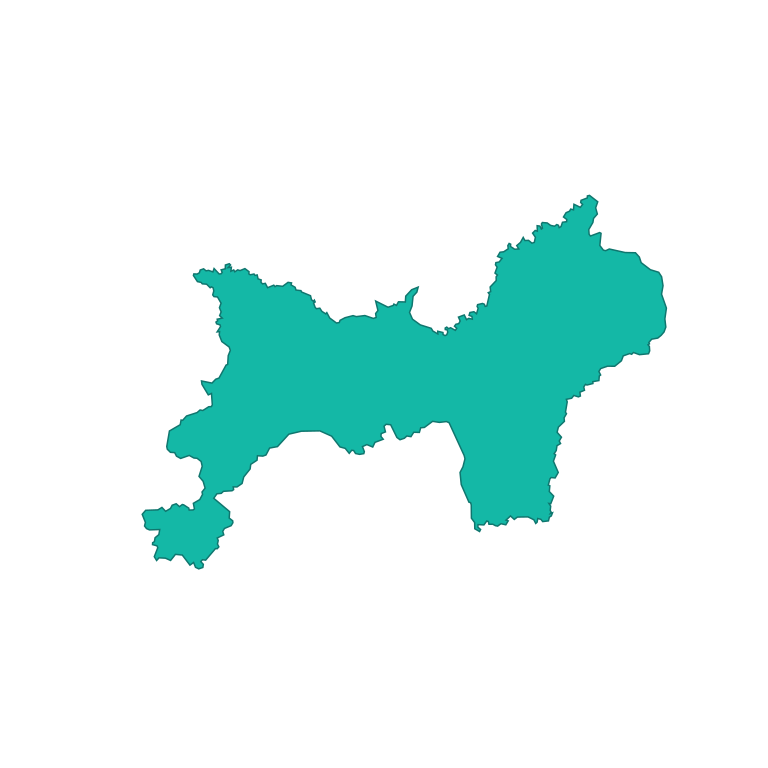 outline of Catalão, Goiás, Brazil, rotated 29°
{"feature_id": "56859067B92835735196425", "entity_name": "Catalão", "entity_type": "district", "adm_level": 2, "iso_a3": "BRA", "parent_name": "Brazil", "parent_adm1": "Goiás", "projection": "albers", "projection_center": [-47.718, -17.979], "detail": "fine", "context": "isolated", "style": "filled", "palette": "teal", "viewbox_px": 768, "rotation_deg": 29, "n_neighbors": 0, "source": "geoboundaries", "source_scale": "gbopen_adm2", "svg_char_len": 6170}
<svg xmlns="http://www.w3.org/2000/svg" viewBox="0 0 768 768"><g transform="rotate(29 384 384)"><path d="M270.7,648.6L271.5,645.1L277.3,642.3L282.9,641.8L284.2,634.1L290.5,631.4L302.1,636.5L304.0,632.4L308.0,635.7L311.6,635.5L314.5,632.3L313.4,629.3L309.9,628.2L310.4,625.7L313.4,624.5L316.4,609.7L318.0,608.9L318.5,606.5L315.9,604.7L314.9,601.3L312.8,599.5L317.0,593.6L314.4,591.1L314.5,587.7L319.0,582.0L319.1,578.6L318.0,577.0L313.6,576.3L310.9,570.5L290.5,566.5L291.1,561.0L294.7,558.5L295.6,555.7L302.9,551.0L303.7,549.3L302.0,547.1L305.4,545.2L308.1,539.8L306.4,533.3L308.1,523.2L306.4,518.9L309.9,512.2L308.1,508.1L313.0,505.8L315.2,503.3L315.0,495.5L321.2,490.4L325.1,474.0L334.7,465.3L350.6,456.1L363.5,455.0L376.0,460.4L381.3,459.1L387.2,461.5L387.9,457.6L389.7,456.9L392.8,458.6L396.7,457.4L400.1,454.7L399.6,452.7L395.5,449.2L398.4,445.3L404.7,444.6L404.4,439.4L410.1,432.7L406.7,431.3L405.6,428.7L408.5,425.2L404.5,420.9L405.4,418.2L409.6,416.4L421.2,424.5L425.0,425.0L428.1,421.6L429.2,418.4L433.1,417.0L433.4,411.8L438.4,409.2L437.3,404.5L440.4,402.4L444.6,393.1L451.1,390.7L456.8,386.6L459.7,386.3L488.8,407.7L491.1,410.2L493.2,418.2L493.4,424.5L500.3,434.5L515.6,446.2L517.2,445.8L518.9,447.4L525.5,459.0L530.4,461.2L533.6,466.6L539.1,466.7L539.0,464.4L535.5,463.7L534.4,461.4L539.7,458.8L540.3,454.0L541.9,453.7L543.8,455.8L547.1,453.9L550.1,453.9L552.3,453.2L554.0,449.5L558.8,448.1L559.0,443.5L556.7,443.9L558.6,438.1L563.6,439.3L565.2,435.7L574.4,430.4L580.9,430.1L584.3,432.4L584.9,430.7L583.7,427.1L586.9,426.3L589.5,427.4L594.2,424.0L593.2,420.3L594.3,418.3L593.8,414.9L592.3,416.6L592.4,415.1L590.6,413.9L589.0,410.0L586.1,408.5L587.9,407.8L586.8,399.8L580.7,397.9L578.4,392.6L576.7,392.8L575.1,386.5L575.5,384.8L579.2,383.2L579.3,376.9L569.6,369.4L568.5,362.8L566.6,362.5L566.9,358.7L565.2,354.1L567.3,350.5L564.9,348.9L565.0,344.5L558.8,342.3L557.4,337.2L559.9,329.2L557.9,326.3L558.0,321.5L556.4,320.7L552.9,310.8L550.9,309.0L555.0,305.5L555.6,302.0L560.3,301.0L561.6,299.3L559.3,296.2L562.4,292.3L560.1,289.7L560.4,286.6L562.0,286.5L566.5,282.3L565.5,280.7L570.3,276.8L568.4,272.6L569.1,271.1L565.9,268.9L566.0,265.5L570.8,260.1L577.2,256.6L580.4,248.6L579.6,243.4L584.1,238.3L586.2,237.9L586.9,235.5L593.2,234.5L600.7,229.3L600.3,226.2L597.9,222.5L595.9,221.7L596.7,220.2L595.5,219.3L596.4,215.0L601.2,211.1L602.8,207.1L603.7,202.8L602.9,197.6L598.1,190.9L594.2,180.7L583.2,170.9L580.4,162.8L574.8,155.6L570.1,153.1L561.6,154.9L550.1,153.2L545.8,149.2L540.3,147.3L531.2,152.1L515.6,156.7L513.3,159.9L511.0,160.6L505.6,158.2L500.8,147.0L499.2,147.0L492.8,154.5L490.8,153.6L488.2,149.6L488.4,141.5L487.0,137.6L488.2,131.9L483.7,127.3L482.6,121.0L472.3,119.4L470.7,120.9L471.6,122.7L467.3,127.8L468.0,129.9L470.6,130.6L470.1,134.3L463.0,134.7L465.3,139.8L462.5,140.5L462.5,142.9L460.2,145.9L460.0,150.9L464.1,151.5L465.0,153.5L461.7,156.0L462.5,160.5L461.4,162.3L459.6,160.6L457.8,160.8L456.7,163.3L452.8,164.5L448.7,164.0L444.2,166.0L444.1,167.7L447.1,171.0L446.5,172.2L443.8,170.3L441.2,171.3L444.0,176.0L441.8,176.4L440.8,180.0L445.3,182.3L446.8,187.3L445.1,189.1L440.8,188.3L437.7,190.2L434.7,188.3L434.7,194.0L433.0,198.6L436.4,200.5L433.0,202.8L428.0,202.4L427.0,200.3L425.3,200.4L425.2,202.9L427.1,205.5L424.6,210.3L421.6,212.5L421.5,217.4L426.3,216.9L425.6,221.4L423.0,223.6L423.7,225.7L426.3,227.0L427.3,233.2L430.4,233.7L430.1,235.9L432.0,239.1L429.8,247.7L432.5,251.5L430.9,253.6L432.8,254.5L436.1,265.9L434.9,267.1L433.1,265.6L431.1,265.8L427.4,269.2L427.8,271.0L429.6,272.1L430.9,277.7L427.6,277.2L424.5,279.8L425.1,282.7L428.2,282.3L429.8,284.5L426.3,285.5L425.0,287.7L420.7,284.7L416.7,289.4L420.1,292.0L420.1,295.0L417.9,296.9L417.6,299.3L420.6,300.0L420.4,302.5L415.0,302.5L413.6,304.3L411.3,303.8L410.4,305.4L411.2,306.7L413.0,306.0L414.6,307.7L415.0,310.6L413.9,312.1L411.7,312.1L410.6,310.4L405.4,311.8L406.8,314.1L401.1,314.0L398.3,312.4L387.1,314.7L377.5,313.5L371.6,309.0L370.7,302.2L366.9,293.2L368.2,287.8L366.9,282.7L362.5,288.1L360.4,296.6L362.9,301.9L356.8,305.1L356.8,309.2L353.9,309.3L354.0,310.8L350.3,314.9L336.5,315.5L343.1,322.7L342.5,326.4L344.9,329.6L342.9,331.8L334.1,333.4L327.1,338.5L323.8,339.2L317.8,344.9L314.7,349.6L315.1,351.9L312.9,353.7L304.5,352.6L299.4,349.3L299.1,350.9L294.5,350.6L291.1,348.8L288.4,350.9L286.7,350.4L283.2,347.4L284.0,345.6L282.4,344.4L282.1,345.9L279.7,345.4L276.9,342.4L267.3,343.5L266.1,342.6L261.5,344.5L259.4,342.5L254.7,342.4L254.1,340.4L250.8,341.6L248.0,347.7L242.4,350.0L241.5,351.7L239.7,351.0L235.5,356.2L231.4,353.5L229.2,355.3L227.1,354.7L226.1,352.5L222.9,353.1L220.2,350.1L218.5,351.6L217.0,350.8L214.1,353.3L212.4,353.2L211.5,351.2L206.4,350.5L203.1,354.6L200.7,355.1L199.1,358.2L197.3,357.1L195.4,359.6L193.9,355.8L191.2,357.8L192.1,354.3L190.4,353.8L187.6,356.8L189.3,360.2L186.2,363.1L188.4,364.9L188.1,366.6L186.5,367.7L179.4,365.4L180.0,368.9L175.4,369.7L173.5,371.3L170.4,370.7L168.0,373.4L168.6,376.2L167.3,378.4L164.3,379.9L164.7,381.5L171.2,384.9L174.7,383.8L176.5,384.5L180.5,382.7L185.3,384.1L185.9,382.7L187.9,382.7L190.0,385.1L191.0,389.1L192.9,390.0L196.2,388.6L202.3,392.3L203.1,397.1L206.6,399.9L207.1,403.9L210.6,404.8L206.7,408.2L207.9,409.4L207.0,411.3L208.4,412.5L212.0,411.8L213.2,413.1L212.8,419.3L214.8,417.9L216.1,421.0L221.6,425.5L230.6,426.7L233.3,429.1L234.0,434.7L237.8,442.7L236.7,444.0L236.8,458.8L234.5,461.4L233.1,466.6L222.9,469.8L225.0,472.6L235.6,478.7L237.7,475.9L243.9,485.4L244.0,487.4L241.7,488.9L238.4,495.0L235.7,495.9L234.4,499.6L226.8,507.7L225.5,513.4L224.0,513.9L225.5,518.4L219.1,529.1L224.3,544.0L226.1,546.1L230.3,547.3L234.2,545.5L237.5,547.7L242.2,547.7L248.3,540.9L253.6,540.9L256.5,539.6L261.6,540.4L264.9,544.1L267.0,554.5L273.0,556.8L278.0,561.8L277.2,566.7L278.8,568.5L278.9,574.4L275.1,580.8L278.8,585.2L278.1,586.7L274.7,588.7L273.4,587.2L267.4,586.8L266.0,587.2L264.6,590.4L260.3,589.5L257.5,592.7L257.6,596.4L254.7,601.2L249.6,599.6L247.3,603.7L236.8,610.0L235.7,615.2L242.4,620.7L243.4,624.3L246.4,625.6L249.6,625.3L258.4,620.0L260.1,624.9L258.3,629.4L259.6,633.2L258.6,635.0L259.4,636.7L263.9,635.6L265.5,636.8L266.8,646.4L270.7,648.6Z" fill="#14b8a6" stroke="#0f766e" stroke-width="1.5"/></g></svg>